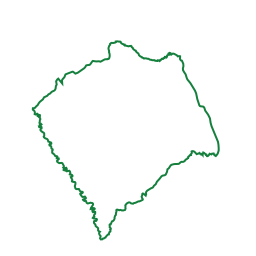 São José do Xingu, Mato Grosso, Brazil, rotated 148°
{"feature_id": "56859067B62238110035990", "entity_name": "São José do Xingu", "entity_type": "district", "adm_level": 2, "iso_a3": "BRA", "parent_name": "Brazil", "parent_adm1": "Mato Grosso", "projection": "robinson", "projection_center": [-52.561, -10.682], "detail": "fine", "context": "isolated", "style": "outline", "palette": "green", "viewbox_px": 256, "rotation_deg": 148, "n_neighbors": 0, "source": "geoboundaries", "source_scale": "gbopen_adm2", "svg_char_len": 5788}
<svg xmlns="http://www.w3.org/2000/svg" viewBox="0 0 256 256"><g transform="rotate(148 128 128)"><path d="M202.6,176.6L202.8,175.8L201.8,175.2L201.2,175.4L200.8,175.0L201.1,174.0L201.6,173.4L202.6,173.5L203.1,173.1L203.4,172.4L203.1,170.7L202.6,170.2L202.6,169.6L202.0,168.7L201.9,167.9L203.2,165.7L204.1,165.3L204.2,164.6L203.7,163.2L202.5,161.6L202.3,160.9L202.4,159.7L202.8,158.8L201.0,156.5L201.0,155.8L201.4,155.3L202.3,155.2L202.8,155.9L203.5,155.6L203.8,154.7L203.0,153.6L202.9,153.0L203.8,151.2L203.2,149.8L203.5,149.2L204.5,148.8L204.9,147.8L205.3,147.4L205.4,146.9L204.5,144.6L204.6,143.0L204.0,142.3L203.3,141.9L203.2,141.0L204.1,140.7L204.5,140.1L202.9,139.0L203.1,138.4L203.9,138.5L204.6,137.9L205.5,137.8L205.8,137.3L205.9,136.7L205.0,134.7L202.7,133.5L202.3,132.9L202.5,129.8L202.8,129.3L203.9,128.8L203.4,127.6L201.5,127.0L201.5,126.1L201.8,125.5L203.7,127.1L204.3,127.1L204.9,126.6L204.6,126.0L203.5,125.1L203.0,123.8L200.4,122.8L200.3,121.9L200.9,120.0L201.7,119.8L202.0,119.5L200.3,117.6L200.4,116.8L200.9,116.4L202.5,116.7L202.6,116.0L202.6,114.0L202.9,113.2L203.5,112.9L203.8,112.4L203.0,111.3L201.7,110.4L201.6,109.4L202.3,108.3L203.9,106.9L204.6,104.6L204.4,103.9L204.0,103.4L202.0,102.3L202.1,100.2L201.9,99.3L200.4,97.9L200.6,97.2L201.4,97.0L203.3,97.6L203.6,97.0L203.3,94.0L202.9,93.4L200.9,92.7L200.7,91.4L201.0,90.8L204.1,91.1L204.2,90.5L203.6,89.2L202.7,89.1L202.3,88.7L202.7,86.6L202.5,85.9L202.1,85.3L199.4,84.5L198.0,83.2L197.8,82.5L198.0,81.9L198.4,81.4L201.8,79.8L202.5,79.1L201.7,78.8L200.1,78.7L199.1,77.8L199.0,77.2L199.5,76.8L200.1,76.7L201.2,77.2L201.9,77.0L202.4,75.9L202.3,75.1L201.8,74.8L201.1,74.9L200.3,74.3L200.8,73.3L201.4,72.7L202.8,72.2L203.3,71.7L203.4,70.8L204.0,70.5L204.9,70.7L205.5,70.4L204.9,69.3L202.8,67.5L202.9,66.8L203.8,66.2L204.3,66.1L205.7,66.9L206.2,66.9L207.0,65.8L207.2,65.1L206.8,63.5L207.4,61.9L206.5,59.4L206.5,58.7L207.6,57.1L207.6,56.4L206.8,54.9L207.7,54.7L208.3,54.1L208.7,52.7L208.5,50.8L210.2,49.2L210.1,47.9L208.7,47.2L208.2,47.6L206.9,47.1L206.0,47.3L205.2,47.0L204.1,47.6L201.6,48.3L200.6,47.9L200.0,48.7L198.8,49.6L198.0,49.5L197.4,49.9L196.9,51.4L196.2,51.4L195.8,52.0L196.1,53.7L195.6,54.2L195.0,55.6L194.3,55.9L193.7,55.5L191.1,57.3L189.7,57.1L188.3,57.6L187.2,58.5L186.8,59.3L185.3,60.5L184.6,60.6L183.7,61.5L183.4,62.2L182.1,63.2L181.7,63.8L181.5,64.5L180.9,64.7L180.1,64.3L179.0,62.9L178.1,62.7L177.6,62.4L177.1,61.5L176.5,61.2L176.0,60.7L174.0,60.1L172.8,60.9L172.2,62.2L171.5,63.1L171.3,63.8L169.9,64.4L168.3,64.7L166.5,64.4L165.9,63.8L165.3,62.4L163.8,61.1L162.8,61.2L161.2,60.6L158.2,60.3L157.1,59.7L153.8,59.3L153.3,59.6L153.1,60.3L153.2,61.2L152.8,62.6L151.7,63.3L150.8,64.5L150.1,64.6L149.6,63.9L148.8,61.3L147.6,62.3L147.2,63.5L146.5,64.1L145.0,64.7L140.7,64.7L138.8,64.4L138.1,64.5L136.6,65.3L134.3,65.6L132.0,67.1L128.1,68.2L125.2,69.3L124.0,69.3L121.9,68.5L120.7,68.5L118.1,70.2L116.4,72.1L114.8,72.2L111.6,73.7L110.4,73.7L108.1,73.0L104.2,70.8L103.3,70.7L101.6,71.1L100.4,70.9L99.3,70.1L97.7,69.9L95.9,70.6L94.3,70.5L93.6,70.8L93.0,70.6L92.1,71.7L91.4,71.6L90.2,72.1L89.0,71.7L88.8,72.4L87.5,72.7L86.7,73.7L86.5,74.4L85.8,74.4L85.4,73.9L84.7,73.5L84.2,72.5L83.6,69.4L82.2,69.2L81.5,68.8L80.8,69.0L80.7,68.2L80.0,67.8L80.0,66.5L79.4,66.2L78.9,66.5L78.9,65.7L78.2,66.7L77.3,66.6L77.0,67.1L76.6,66.5L76.5,65.7L76.0,64.7L76.2,64.0L75.6,63.8L75.9,62.3L75.3,61.9L74.0,62.1L72.4,62.9L71.3,61.4L70.2,61.7L69.8,61.3L68.9,61.0L69.1,59.9L68.7,59.6L69.0,58.9L68.4,57.7L66.8,58.2L65.4,58.8L63.0,60.9L61.8,62.8L60.1,66.0L59.0,68.6L56.2,85.2L55.2,88.6L53.5,92.5L53.3,93.5L53.0,97.0L53.3,101.8L52.5,105.0L52.9,106.3L55.1,108.1L55.4,108.6L55.5,109.3L53.9,115.8L51.9,121.2L51.4,124.1L51.3,133.0L51.9,137.7L51.6,139.6L50.7,142.9L50.8,145.9L50.7,147.9L49.9,149.4L48.2,151.1L47.1,153.2L46.6,156.5L47.2,157.1L47.4,158.2L47.3,159.0L45.8,161.2L46.7,162.0L47.8,162.3L48.1,163.9L49.5,166.3L50.2,167.1L50.8,167.4L52.6,167.3L53.3,168.4L52.4,169.1L52.9,169.7L54.1,169.7L54.1,168.9L54.6,168.4L55.1,168.8L56.3,168.8L56.9,168.4L57.0,167.9L58.0,167.4L58.6,168.5L59.1,168.8L60.0,167.9L60.6,168.4L61.2,168.5L61.8,168.0L62.8,168.8L63.9,168.3L64.6,168.6L65.1,168.1L65.8,168.0L66.4,169.3L67.0,169.7L67.6,169.3L69.4,170.7L69.5,171.4L71.6,172.7L72.0,173.4L73.1,174.2L74.0,175.9L74.7,176.3L75.8,177.5L77.0,178.3L77.6,178.4L77.8,179.1L78.8,180.3L78.7,181.0L79.5,181.9L80.1,183.8L79.7,185.7L80.4,187.3L80.7,188.8L80.4,189.4L80.8,189.9L81.6,191.7L81.7,192.4L81.5,193.4L82.0,194.5L81.7,195.3L81.9,196.0L83.5,196.8L84.2,196.9L86.6,199.4L86.6,200.1L87.1,199.9L87.7,201.8L88.1,202.1L88.8,203.5L88.6,205.0L89.0,205.6L89.5,205.7L91.2,207.2L92.5,207.8L92.8,207.2L93.8,207.3L95.6,208.0L96.8,208.9L97.5,209.0L98.7,208.8L99.0,208.1L100.1,207.8L101.7,206.6L102.6,205.5L103.3,203.1L103.9,202.4L104.4,200.5L105.1,199.2L105.9,198.1L107.2,197.0L107.9,196.9L108.5,197.3L109.3,197.3L110.0,197.9L111.4,198.5L116.2,198.8L117.3,200.0L119.7,201.3L122.3,203.5L123.0,203.4L126.3,202.0L127.1,201.9L129.5,203.0L130.4,203.2L131.8,202.4L133.4,201.9L141.4,201.5L143.8,202.0L144.6,204.3L144.8,204.8L145.3,205.2L152.0,206.5L152.7,206.5L155.0,204.8L158.0,203.9L158.7,203.4L160.2,200.6L161.0,206.8L162.4,206.6L164.2,205.7L165.5,202.6L166.9,201.8L168.6,199.7L169.8,199.0L170.6,198.8L173.5,199.1L176.0,198.5L177.6,198.7L179.4,198.1L182.9,198.5L185.0,197.4L188.9,196.9L190.6,196.3L192.4,195.3L194.8,194.9L196.1,194.4L197.1,194.7L197.6,194.6L198.2,195.1L198.9,194.2L198.9,193.5L198.5,192.8L198.4,191.6L198.8,190.4L199.8,189.2L199.0,188.2L197.5,188.3L197.2,187.5L198.3,186.0L197.7,185.1L196.9,186.0L196.3,186.1L195.9,185.7L196.2,184.9L196.9,184.3L197.6,184.0L197.3,182.9L197.7,181.9L198.5,181.5L199.3,180.3L200.2,179.5L200.5,178.2L199.7,178.0L199.5,176.9L200.9,176.8L201.1,177.4L201.5,176.5L201.9,176.3L202.6,176.6Z" fill="none" stroke="#15803d" stroke-width="2"/></g></svg>